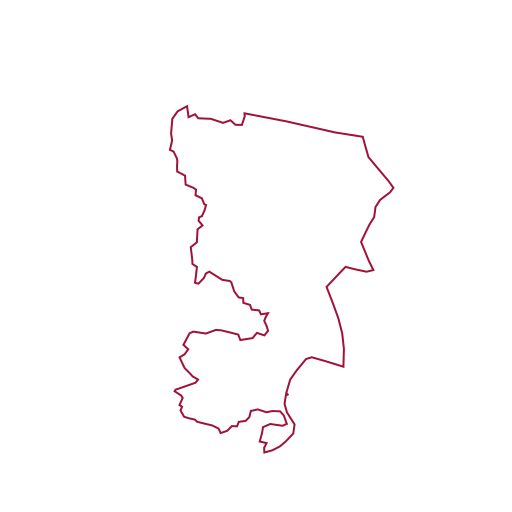 the district of Quardu Boundi, Lofa, Liberia, rotated 230°
{"feature_id": "62588387B13670701840793", "entity_name": "Quardu Boundi", "entity_type": "district", "adm_level": 2, "iso_a3": "LBR", "parent_name": "Liberia", "parent_adm1": "Lofa", "projection": "orthographic", "projection_center": [-9.634, 8.375], "detail": "fine", "context": "isolated", "style": "outline", "palette": "rose", "viewbox_px": 512, "rotation_deg": 230, "n_neighbors": 0, "source": "geoboundaries", "source_scale": "gbopen_adm2", "svg_char_len": 2510}
<svg xmlns="http://www.w3.org/2000/svg" viewBox="0 0 512 512"><g transform="rotate(230 256 256)"><path d="M372.7,338.9L370.2,337.1L365.5,329.5L365.8,329.1L369.7,324.6L376.4,323.7L379.2,316.3L390.1,309.6L398.6,300.3L403.8,300.4L404.9,296.3L405.7,293.6L415.1,299.5L417.2,288.9L414.9,280.1L404.2,269.5L398.5,266.1L392.6,258.3L389.0,260.0L381.5,258.1L379.2,256.7L375.6,253.3L371.4,249.9L363.2,253.3L355.9,248.0L354.6,248.7L348.5,251.9L345.4,252.7L341.4,248.7L335.0,251.6L329.1,249.7L327.2,250.5L323.9,245.7L321.3,240.2L322.2,237.2L319.9,234.7L313.8,234.7L314.0,228.4L310.2,224.8L304.5,219.5L304.7,211.7L294.0,204.7L290.8,202.2L285.6,203.7L280.3,198.2L274.7,192.1L271.8,194.1L272.7,202.1L274.8,206.4L274.0,210.2L265.4,212.9L259.5,214.8L253.6,219.9L251.5,220.1L243.7,216.9L242.9,216.6L235.4,216.1L232.0,219.1L228.2,216.2L222.4,220.0L217.7,218.3L212.3,223.4L208.1,222.3L204.5,228.4L203.9,226.8L202.9,224.0L201.0,220.6L195.1,219.0L190.9,217.1L189.8,211.4L196.5,207.3L195.7,202.7L195.3,200.6L201.7,190.0L207.2,191.9L213.1,187.7L221.0,181.9L222.9,180.1L225.2,177.7L228.8,167.8L238.4,159.3L239.5,155.5L234.6,143.3L228.1,144.1L226.6,138.2L227.5,132.3L216.2,129.3L208.7,129.9L204.3,130.1L199.0,132.1L198.6,132.2L197.8,128.2L198.4,126.6L201.7,117.9L205.3,108.4L204.7,106.7L197.3,109.0L194.4,108.6L191.0,101.6L188.1,102.5L186.2,98.9L179.0,97.6L174.4,100.6L170.0,104.0L166.7,104.4L164.7,105.9L159.9,109.4L154.6,113.4L147.9,116.4L143.1,115.1L140.6,121.5L141.1,126.8L141.2,128.2L137.7,132.0L140.0,136.2L136.4,142.0L136.8,147.2L140.6,152.5L139.9,153.8L137.4,158.7L129.6,163.6L126.7,168.9L121.5,174.6L116.0,174.8L107.6,171.7L107.9,170.7L108.9,167.2L117.5,159.5L118.1,159.0L120.4,151.4L116.4,146.7L111.5,139.6L105.9,143.8L103.8,138.9L100.1,136.1L96.6,143.8L94.8,151.9L94.8,159.3L96.1,170.5L98.0,172.6L98.9,173.6L102.2,177.3L116.4,179.2L124.5,182.9L125.0,183.5L131.3,190.8L128.5,191.2L131.6,191.2L131.9,191.6L139.3,202.7L139.6,203.7L141.9,212.4L142.4,214.5L144.4,225.4L144.5,226.0L144.6,226.6L144.9,228.2L142.6,233.6L133.2,240.0L131.4,241.2L118.7,249.4L115.9,251.2L115.0,251.8L128.3,263.6L141.3,272.3L155.5,279.1L170.9,284.7L187.0,290.2L187.1,291.2L189.2,309.3L190.1,317.6L181.5,323.8L172.9,330.6L170.6,335.2L169.8,336.9L179.7,339.3L199.2,345.5L203.6,355.1L206.8,362.3L207.3,363.5L208.0,365.7L209.9,371.6L216.7,379.0L219.2,387.1L218.6,399.5L219.6,403.8L219.9,405.1L227.9,405.7L250.7,405.7L259.4,405.7L270.2,410.5L278.7,414.4L298.7,397.0L299.8,396.0L339.5,365.9L372.7,338.9Z" fill="none" stroke="#9f1239" stroke-width="2"/></g></svg>